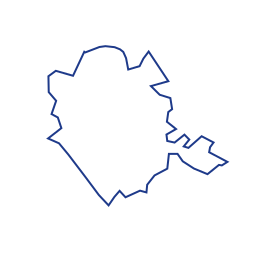 outline of Kuva, Ferghana, Uzbekistan, rotated 228°
{"feature_id": "79887680B41793707673960", "entity_name": "Kuva", "entity_type": "district", "adm_level": 2, "iso_a3": "UZB", "parent_name": "Uzbekistan", "parent_adm1": "Ferghana", "projection": "robinson", "projection_center": [72.012, 40.528], "detail": "fine", "context": "isolated", "style": "outline", "palette": "blue", "viewbox_px": 256, "rotation_deg": 228, "n_neighbors": 0, "source": "geoboundaries", "source_scale": "gbopen_adm2", "svg_char_len": 876}
<svg xmlns="http://www.w3.org/2000/svg" viewBox="0 0 256 256"><g transform="rotate(228 128 128)"><path d="M171.0,194.5L169.3,185.9L166.2,178.0L171.3,167.3L181.2,173.3L187.7,175.4L191.8,174.7L196.9,172.2L197.4,171.8L203.9,166.0L207.3,161.0L212.8,146.7L213.9,146.5L203.6,122.1L218.8,112.6L219.7,103.5L207.7,93.1L196.3,92.8L189.5,80.5L182.8,82.9L172.5,78.4L173.7,61.6L162.8,66.5L148.2,65.9L120.5,63.6L97.7,61.5L83.5,61.8L85.9,71.8L86.9,79.7L78.2,79.8L73.4,95.0L67.8,98.6L73.0,104.3L75.0,116.0L71.5,130.0L81.4,141.1L75.6,147.5L66.6,146.4L53.7,149.9L40.5,156.2L39.7,170.9L37.4,172.7L36.3,179.2L55.7,172.1L58.8,176.1L60.0,181.9L72.6,177.2L72.8,159.6L77.0,157.1L78.4,165.8L85.3,165.5L86.0,152.9L92.1,148.5L97.4,152.2L95.1,163.0L106.6,161.1L112.9,168.6L112.5,173.4L121.9,179.5L131.5,173.8L143.8,173.1L135.8,189.3L171.0,194.5Z" fill="none" stroke="#1e3a8a" stroke-width="2"/></g></svg>